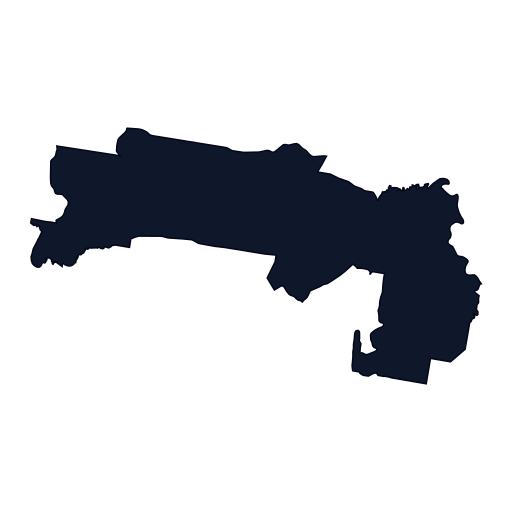 Liverpool, New South Wales, Australia (Albers equal-area conic projection)
{"feature_id": "25037944B81685478885528", "entity_name": "Liverpool", "entity_type": "district", "adm_level": 2, "iso_a3": "AUS", "parent_name": "Australia", "parent_adm1": "New South Wales", "projection": "albers", "projection_center": [150.793, -33.953], "detail": "fine", "context": "isolated", "style": "filled", "palette": "ink", "viewbox_px": 512, "rotation_deg": 0, "n_neighbors": 0, "source": "geoboundaries", "source_scale": "gbopen_adm2", "svg_char_len": 5987}
<svg xmlns="http://www.w3.org/2000/svg" viewBox="0 0 512 512"><path d="M267.2,278.0L274.4,290.0L280.9,286.1L281.9,285.8L283.0,286.1L284.2,287.1L286.5,291.1L289.2,294.4L290.1,295.0L294.2,296.5L296.5,298.9L298.4,300.2L300.8,300.7L302.3,302.0L303.6,300.4L306.6,297.9L308.0,295.6L309.9,291.3L311.0,290.4L319.5,286.8L323.4,284.5L327.3,283.6L331.8,280.8L339.9,275.4L345.5,270.9L353.0,264.1L355.9,266.6L357.2,268.2L362.6,268.4L367.9,269.5L369.2,270.7L370.1,271.9L370.2,272.8L369.7,274.5L372.4,271.6L384.6,273.6L383.9,276.9L383.1,283.1L382.4,292.5L380.7,297.2L379.8,301.5L379.5,306.3L379.0,308.2L378.1,310.5L378.9,315.0L379.0,320.1L379.4,321.3L380.7,322.6L383.3,323.2L383.7,324.9L383.0,326.1L381.8,327.0L378.4,328.3L374.6,330.4L371.2,333.3L370.5,334.9L370.8,339.4L371.2,340.9L371.8,341.9L372.8,346.0L373.9,347.3L376.7,348.6L377.0,349.6L376.3,350.6L374.7,351.6L367.8,354.4L365.5,354.6L362.2,352.8L360.8,353.0L360.2,352.6L360.0,351.6L360.2,348.5L360.9,343.7L359.3,340.9L359.6,337.6L359.5,332.5L359.2,331.5L358.5,330.6L357.7,330.4L356.6,330.6L355.8,331.1L355.0,332.4L354.7,334.2L354.2,339.7L353.5,344.3L353.5,348.2L352.9,351.8L352.9,356.9L352.1,365.8L352.7,370.8L359.1,371.9L360.0,373.3L363.1,375.3L368.4,376.1L373.2,373.5L376.6,372.8L377.2,374.2L378.1,375.4L383.7,376.4L383.8,376.1L391.6,377.5L391.4,377.8L426.2,383.8L430.5,358.4L450.5,361.8L465.1,349.3L469.7,322.7L471.2,321.3L471.9,319.2L474.3,317.9L474.7,316.4L474.3,315.2L473.5,314.5L473.5,313.9L476.4,315.2L477.2,315.2L477.9,314.5L477.9,311.8L476.6,309.8L476.5,308.7L476.9,305.3L477.3,304.3L478.1,303.4L478.6,302.4L478.5,298.3L479.1,295.7L474.8,292.3L474.6,291.3L475.0,290.7L476.8,290.2L478.0,289.2L479.6,284.8L480.4,284.0L481.3,283.8L479.5,281.4L478.0,278.5L476.2,276.2L475.2,275.4L474.2,274.9L469.0,275.2L467.4,274.8L465.9,273.9L465.2,272.2L464.9,270.0L465.3,267.2L465.9,265.5L468.0,261.8L467.9,260.7L467.0,259.5L464.4,257.7L462.4,256.7L459.2,256.3L457.1,255.4L453.6,248.3L452.4,246.4L449.2,244.5L448.1,243.2L447.9,241.6L448.4,239.8L450.1,237.9L451.0,235.4L450.8,232.9L449.9,230.7L449.7,227.6L451.1,224.9L455.0,222.3L457.0,222.0L458.9,222.5L461.8,223.8L463.0,223.4L463.5,222.3L463.3,220.3L462.2,218.3L461.0,216.7L459.0,212.6L457.3,206.9L457.1,204.4L458.0,198.6L458.0,196.6L457.6,195.0L456.8,194.5L456.3,194.5L454.7,195.5L453.6,195.8L452.1,196.1L450.4,195.8L448.1,194.2L444.2,190.7L442.9,189.1L441.3,187.7L440.9,186.9L441.6,185.5L443.3,184.3L444.9,183.9L448.5,184.1L449.0,183.6L449.1,182.6L448.6,180.9L446.8,179.3L443.7,178.5L440.0,178.7L433.2,183.5L428.9,187.7L428.2,188.1L427.6,187.9L427.3,187.2L427.4,186.2L428.5,184.3L428.4,183.8L427.9,183.6L425.0,184.3L424.6,184.7L425.0,185.5L424.9,185.9L423.6,186.5L422.7,187.5L421.0,187.3L419.9,187.5L417.8,189.0L416.6,188.3L415.8,186.9L416.2,186.7L418.9,187.2L419.1,186.9L418.5,184.4L416.4,184.6L414.7,186.2L412.9,185.0L412.2,185.0L412.3,186.4L412.1,187.2L411.8,187.4L410.8,186.9L409.8,187.1L409.6,188.6L409.0,189.8L407.7,188.6L407.0,188.9L406.4,189.9L404.5,190.5L403.9,189.9L404.2,189.1L404.1,188.1L403.2,187.6L402.8,188.1L402.9,190.0L402.3,190.8L400.9,190.0L399.7,190.1L399.3,189.7L400.1,189.5L400.0,189.0L399.1,188.9L398.6,189.4L398.0,188.4L397.2,187.8L393.5,187.6L391.7,187.8L391.2,188.2L390.8,187.6L390.9,186.0L389.6,185.7L388.4,187.9L389.1,188.7L388.9,189.3L388.2,189.9L386.9,190.0L386.3,190.7L386.4,191.0L387.0,191.0L386.8,192.0L384.8,191.7L383.5,192.0L382.7,191.8L382.4,192.0L381.6,194.2L381.7,195.2L380.9,195.1L380.5,195.4L378.9,198.0L378.6,199.1L378.6,199.9L378.1,200.6L377.6,200.2L374.8,194.7L373.3,192.5L372.0,192.0L364.6,190.8L361.5,188.7L354.4,186.1L348.6,181.7L338.5,178.2L330.3,174.1L317.5,172.0L321.9,164.6L326.5,156.2L323.8,155.9L313.6,156.7L311.6,156.1L309.6,154.5L306.0,150.5L302.3,148.2L298.7,144.6L296.7,143.6L294.0,143.9L289.5,145.0L288.2,145.1L285.4,144.5L283.3,144.8L274.8,151.7L273.4,152.2L272.3,152.2L268.9,150.6L267.0,150.4L258.8,152.1L243.6,152.4L232.3,150.7L226.7,147.7L225.0,147.4L152.6,135.7L150.0,134.9L146.5,131.8L142.0,129.7L138.7,129.0L127.2,128.2L126.9,128.4L126.5,130.3L125.9,131.4L124.7,132.8L119.1,138.0L117.9,140.1L116.9,145.3L116.5,150.8L117.1,152.2L120.3,155.8L56.8,146.0L57.1,148.3L57.1,149.8L56.5,151.4L55.7,155.1L54.8,157.0L51.4,160.1L50.8,161.2L50.5,177.6L50.8,183.4L51.6,185.9L54.0,188.8L55.1,192.6L55.7,193.4L56.9,194.0L61.4,194.3L62.5,194.6L67.6,199.9L68.4,201.8L68.1,204.8L65.4,209.2L65.0,210.3L64.5,212.5L63.5,214.8L62.5,216.2L60.9,217.6L56.3,220.1L56.1,220.6L56.5,223.1L50.9,222.1L46.2,221.7L31.5,218.7L30.7,223.0L33.7,225.4L35.9,225.1L37.0,226.6L38.9,225.5L39.2,225.6L39.4,226.9L40.2,229.7L41.1,230.8L42.0,231.3L39.0,237.9L38.0,239.3L37.1,241.5L33.3,248.7L32.0,254.1L31.1,256.6L31.4,260.4L32.4,263.5L33.9,265.2L35.8,266.5L37.4,267.2L39.4,267.1L40.5,266.3L41.5,264.8L42.1,263.1L42.7,262.7L43.6,262.6L44.7,263.0L45.1,262.6L46.1,261.3L45.8,259.8L46.9,259.7L46.8,259.0L46.3,258.5L47.1,257.8L48.1,258.0L48.7,257.3L50.6,258.9L50.8,258.6L51.2,258.7L51.7,259.6L52.2,259.4L52.2,260.4L51.7,260.5L51.5,261.0L52.3,262.4L52.3,263.5L52.9,264.2L53.4,264.0L53.7,263.2L53.6,262.5L54.7,262.4L54.7,261.5L55.2,261.3L55.6,262.1L56.9,262.1L56.6,262.5L62.1,266.5L62.3,264.6L62.8,263.5L64.0,263.9L64.4,264.4L65.0,264.5L65.3,265.0L65.9,265.0L67.8,265.9L70.6,265.9L73.0,264.8L74.1,263.7L74.4,262.9L75.0,262.6L75.6,262.7L76.0,260.6L78.0,257.1L78.1,256.1L77.3,256.4L77.7,255.7L78.6,254.7L80.3,254.8L80.8,254.4L81.4,254.5L81.7,253.8L83.6,252.9L85.8,249.0L85.7,248.8L86.2,248.2L87.1,248.2L87.3,248.5L87.2,249.0L87.7,249.2L88.2,249.0L88.8,248.1L90.1,248.0L90.5,247.5L91.9,248.2L93.1,247.6L93.9,248.0L96.5,247.7L97.1,248.1L98.0,247.2L98.6,247.6L100.2,247.8L101.1,248.5L102.8,248.7L104.0,248.1L104.3,247.1L104.9,246.5L106.0,247.2L108.8,247.9L111.1,246.6L112.4,245.3L114.1,245.3L115.1,245.0L129.5,247.4L130.9,238.3L132.1,238.5L134.2,237.4L138.9,236.1L160.1,236.2L162.9,236.5L168.0,237.9L182.9,238.9L191.4,239.7L193.1,240.3L198.4,243.3L200.2,243.7L214.6,246.3L224.9,247.5L264.7,254.0L276.1,255.1L275.1,261.8L267.2,278.0Z" fill="#0f172a" stroke="#020617" stroke-width="1.5"/></svg>